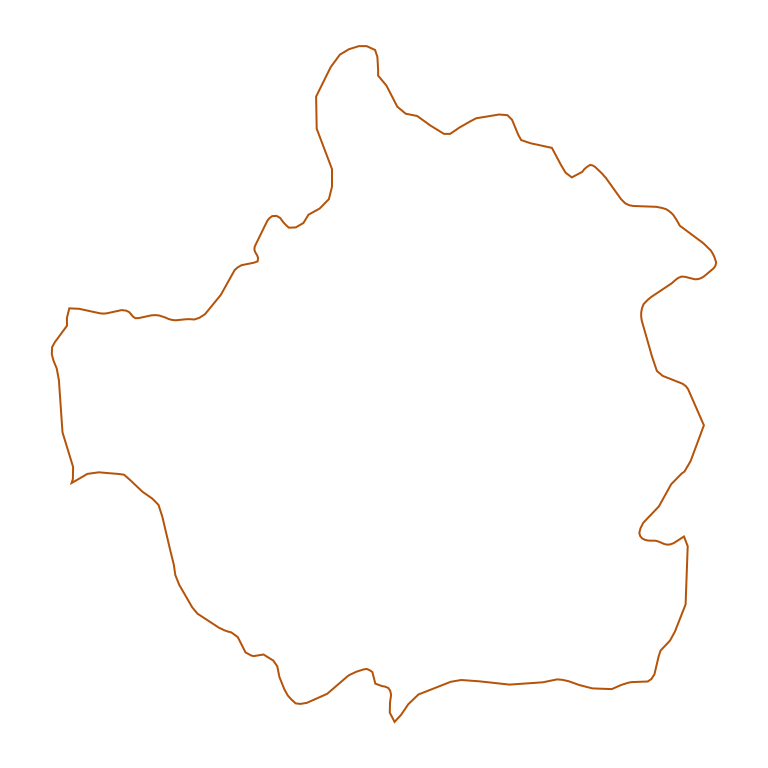 the State of Trujillo
{"feature_id": "VEN-29", "entity_name": "Trujillo", "entity_type": "State", "adm_level": 1, "iso_a3": "VEN", "parent_name": "Venezuela", "parent_adm1": "", "projection": "mercator", "projection_center": [-70.512, 9.496], "detail": "fine", "context": "isolated", "style": "outline", "palette": "amber", "viewbox_px": 768, "rotation_deg": 0, "n_neighbors": 0, "source": "natural_earth", "source_scale": "10m", "svg_char_len": 3024}
<svg xmlns="http://www.w3.org/2000/svg" viewBox="0 0 768 768"><path d="M71.6,483.0L72.9,478.9L73.1,467.0L62.5,432.3L58.9,380.2L56.7,368.4L53.4,360.4L51.8,354.2L52.1,347.1L54.9,342.1L67.0,325.7L66.9,318.0L69.3,308.3L70.1,308.4L79.1,308.8L100.4,313.4L103.9,313.6L106.9,313.3L121.6,310.1L126.0,310.6L129.2,312.1L133.1,316.7L135.4,318.2L138.7,318.1L151.6,315.3L155.5,315.1L159.1,315.5L165.6,317.6L168.6,319.0L172.0,319.9L175.6,320.3L186.6,319.2L190.5,319.2L194.3,319.5L199.4,317.8L205.0,314.2L220.8,294.9L234.7,270.0L237.5,267.5L241.5,265.2L253.9,262.7L257.6,261.4L258.1,258.2L257.2,255.4L255.7,253.0L254.7,250.8L254.4,249.1L254.8,246.4L267.4,220.6L269.5,218.1L272.2,216.1L276.6,215.9L280.1,217.9L283.7,222.7L286.6,225.7L288.9,227.7L295.8,227.4L303.4,223.0L308.5,214.7L319.7,208.5L328.9,199.1L332.0,186.7L332.0,169.1L316.7,128.7L316.1,96.6L330.7,67.1L339.9,54.6L349.0,49.2L359.0,46.1L366.6,46.1L375.1,50.0L377.4,57.0L378.1,69.4L378.1,75.6L386.5,85.7L397.3,106.7L405.7,113.7L417.2,116.0L430.2,125.4L444.0,133.9L450.1,133.9L459.2,127.7L470.0,121.5L476.1,118.3L499.1,114.5L507.5,115.2L512.1,119.9L518.2,134.7L521.2,140.1L530.4,143.2L551.9,147.9L561.0,165.0L565.6,172.7L571.8,177.4L582.2,171.9L584.3,169.2L586.8,167.0L590.1,164.9L592.8,165.5L595.2,167.0L602.5,174.0L604.0,175.9L605.8,177.8L621.0,199.1L625.2,203.3L629.1,205.2L633.4,206.0L656.1,206.8L661.8,207.9L666.2,209.2L668.9,211.0L671.3,212.9L673.4,215.1L676.7,220.1L679.8,225.7L703.3,243.2L710.9,250.6L712.8,253.7L714.5,257.3L716.2,262.6L715.4,265.8L713.6,268.3L704.0,276.4L701.3,278.0L698.3,279.1L694.9,279.3L684.9,276.8L681.5,276.6L678.2,277.9L674.7,280.6L672.1,283.0L650.9,297.2L647.8,299.8L643.6,304.1L642.0,308.2L641.2,312.5L641.2,316.6L641.7,320.4L652.0,356.5L656.9,371.0L662.7,375.9L682.7,383.8L686.0,386.3L688.1,389.2L703.9,425.3L690.6,461.1L684.5,471.5L681.5,473.7L671.2,484.2L658.9,506.4L643.4,522.6L640.5,528.2L639.3,532.9L640.2,536.1L642.1,538.4L644.9,539.8L648.1,540.6L655.2,540.7L658.5,541.5L664.2,544.0L667.4,544.7L670.5,544.3L673.6,543.2L684.0,536.5L687.7,546.2L685.6,604.4L675.0,631.4L670.0,640.6L660.6,650.5L658.7,656.2L654.4,674.4L651.4,679.0L647.8,681.5L631.6,682.1L628.0,682.8L621.1,685.0L611.8,689.1L592.4,688.4L579.2,685.0L568.6,681.2L562.2,679.8L557.0,679.4L542.9,682.3L509.5,684.6L479.1,681.3L461.2,680.0L450.7,681.8L418.4,694.5L408.3,704.2L401.1,714.8L394.6,721.9L389.8,712.7L390.0,702.6L391.1,694.9L390.2,690.7L388.2,687.9L384.9,686.6L381.7,686.0L375.3,683.6L372.4,672.1L370.0,670.4L366.7,668.9L363.3,669.5L356.7,671.6L350.8,674.3L348.1,675.8L327.2,693.8L306.7,702.9L300.4,703.9L295.7,703.4L291.2,699.3L287.7,695.4L284.3,689.2L279.4,677.0L277.3,666.4L273.3,660.6L263.5,654.5L253.8,656.1L251.4,655.6L245.5,652.4L237.8,637.1L231.3,632.4L227.8,631.5L224.6,630.4L218.9,627.7L197.5,613.7L192.2,607.3L179.2,584.8L175.3,575.0L173.8,564.6L170.7,552.2L162.3,516.6L158.5,504.9L152.4,498.7L142.4,491.7L130.2,480.1L124.0,474.7L117.9,473.9L108.0,473.1L98.8,472.3L87.3,473.9L78.1,479.3L71.6,483.0L71.6,483.0Z" fill="none" stroke="#b45309" stroke-width="2"/></svg>